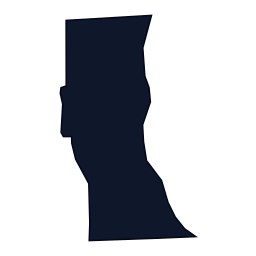 the district of Seneca, New York, United States of America
{"feature_id": "52423323B61802346265036", "entity_name": "Seneca", "entity_type": "district", "adm_level": 2, "iso_a3": "USA", "parent_name": "United States of America", "parent_adm1": "New York", "projection": "orthographic", "projection_center": [-76.822, 42.783], "detail": "fine", "context": "isolated", "style": "filled", "palette": "ink", "viewbox_px": 256, "rotation_deg": 0, "n_neighbors": 0, "source": "geoboundaries", "source_scale": "gbopen_adm2", "svg_char_len": 445}
<svg xmlns="http://www.w3.org/2000/svg" viewBox="0 0 256 256"><path d="M66.1,20.4L66.2,85.9L61.0,87.7L60.3,93.3L62.7,104.2L61.1,132.4L63.4,136.6L71.6,136.6L71.8,143.4L75.7,159.3L88.8,183.6L89.8,223.2L89.2,240.6L157.7,238.2L195.7,236.6L184.6,228.8L175.3,217.2L168.0,202.4L161.5,180.5L146.5,160.6L143.5,141.5L142.6,124.9L150.4,101.8L149.0,87.5L144.8,76.0L142.8,47.8L151.5,15.4L66.1,20.4Z" fill="#0f172a" stroke="#020617" stroke-width="1.5"/></svg>